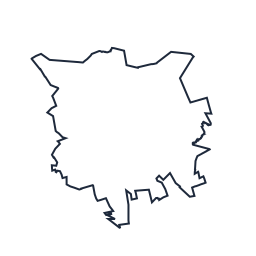 outline of Tula, Tamaulipas, Mexico, rotated 165°
{"feature_id": "50627088B8467253226066", "entity_name": "Tula", "entity_type": "district", "adm_level": 2, "iso_a3": "MEX", "parent_name": "Mexico", "parent_adm1": "Tamaulipas", "projection": "mercator", "projection_center": [-99.933, 22.948], "detail": "fine", "context": "isolated", "style": "outline", "palette": "slate", "viewbox_px": 256, "rotation_deg": 165, "n_neighbors": 0, "source": "geoboundaries", "source_scale": "gbopen_adm2", "svg_char_len": 4062}
<svg xmlns="http://www.w3.org/2000/svg" viewBox="0 0 256 256"><g transform="rotate(165 128 128)"><path d="M191.6,189.5L185.2,184.7L185.2,184.1L186.0,183.5L192.9,178.5L192.5,176.6L191.6,168.0L196.7,166.9L201.9,163.8L197.3,158.9L198.6,143.8L198.3,143.4L197.8,142.5L197.1,141.8L196.6,141.2L196.3,140.9L193.6,136.0L190.9,134.3L199.3,133.4L198.7,132.4L198.5,132.0L198.4,131.6L197.9,130.3L203.6,126.8L208.4,121.8L207.5,118.6L207.0,118.7L205.3,113.1L207.1,110.1L209.3,111.0L210.2,111.3L211.2,111.7L211.9,108.4L211.9,108.1L212.2,106.4L211.4,106.5L209.2,106.7L209.1,105.4L209.2,104.3L208.7,103.8L208.0,104.4L207.4,105.1L204.9,103.9L204.2,100.2L204.2,96.6L200.0,96.6L201.9,89.4L198.8,86.5L195.4,84.3L191.0,81.2L189.9,81.2L188.8,81.3L188.8,81.6L176.9,81.9L176.6,81.5L177.3,72.6L177.0,68.3L176.9,67.9L176.2,65.5L172.5,65.6L167.5,65.9L166.0,56.9L164.4,53.2L163.8,51.6L170.2,51.9L172.6,52.0L171.6,49.6L166.5,50.0L166.5,49.2L170.2,48.9L164.1,43.5L170.6,45.2L163.2,35.5L162.0,33.9L161.5,34.0L161.5,36.7L151.9,35.5L151.5,38.5L147.4,53.8L145.9,68.2L142.3,63.5L143.0,57.9L137.6,57.7L137.3,62.6L137.3,64.0L137.3,65.5L123.8,63.0L124.1,50.0L119.0,53.1L117.6,52.8L117.5,52.1L116.4,51.7L116.5,50.4L111.7,51.9L107.3,52.4L107.8,59.3L109.2,65.1L109.5,66.5L113.3,69.4L113.6,71.9L110.3,73.9L107.3,68.8L99.1,73.6L96.2,62.4L92.9,58.1L93.5,57.4L86.1,45.6L81.4,45.2L81.5,53.9L79.8,54.1L78.2,54.3L77.3,54.2L73.8,54.5L72.5,54.7L68.9,54.9L68.0,55.0L67.2,55.1L67.4,59.2L67.7,61.8L71.9,61.0L71.5,67.1L71.6,67.6L75.4,66.5L75.1,67.5L74.7,68.6L74.6,68.9L74.0,70.0L73.8,70.5L74.0,70.8L73.6,71.8L71.3,78.7L69.4,81.4L68.2,82.9L66.9,83.2L54.6,86.2L54.7,86.5L69.5,95.0L69.6,95.5L69.4,95.8L69.5,96.0L69.4,96.2L69.4,96.3L69.3,96.5L69.3,96.8L69.2,96.9L69.0,97.0L68.9,97.0L68.8,96.9L68.7,96.9L68.5,97.0L68.4,97.0L68.3,96.8L68.2,96.8L68.1,96.7L67.7,96.4L67.6,96.5L67.4,96.6L67.2,96.7L66.9,96.7L66.7,96.5L66.4,96.5L66.3,96.9L66.1,96.8L65.8,96.8L65.7,97.0L65.7,97.3L65.3,97.4L65.5,97.6L65.5,97.8L65.4,97.9L65.4,97.7L65.2,97.8L65.0,98.1L64.9,97.9L64.9,98.0L64.7,98.1L64.3,98.2L64.4,98.4L64.3,98.5L64.3,98.4L64.2,98.4L63.9,98.4L63.7,98.5L63.5,98.4L63.5,98.5L63.4,98.6L63.2,98.5L62.9,98.6L63.0,98.7L62.8,98.8L62.7,98.8L62.7,98.7L62.5,98.8L62.4,98.8L62.4,98.6L62.1,98.9L61.8,98.7L61.6,98.7L61.4,98.8L61.2,98.8L60.9,98.9L60.7,99.0L60.4,99.2L60.2,99.2L60.1,99.3L60.0,99.7L59.9,99.7L59.8,99.8L59.5,99.9L59.5,100.1L59.4,100.2L59.2,100.3L58.8,100.6L58.7,100.7L58.8,100.8L58.6,101.0L58.7,101.4L58.5,101.5L58.0,102.0L57.6,102.1L57.4,102.2L57.1,102.2L56.9,102.2L56.7,102.1L56.4,102.3L56.3,102.6L56.2,102.6L56.3,102.7L56.2,102.8L56.1,103.0L55.6,103.4L55.6,103.5L55.4,103.7L55.4,103.9L55.4,104.0L55.2,104.4L55.2,104.5L56.5,110.1L55.8,110.0L55.3,110.5L55.0,111.2L55.4,112.6L55.4,112.9L54.9,113.1L54.4,113.2L54.3,113.5L54.1,113.8L54.0,114.2L53.8,114.3L53.3,114.4L52.7,113.6L52.3,113.3L52.3,113.1L52.3,112.9L51.9,113.0L51.7,112.9L51.6,112.7L51.4,112.4L51.2,112.3L51.2,112.2L50.9,111.8L50.8,111.7L50.7,111.5L50.7,111.4L50.5,111.2L50.3,111.0L50.4,110.9L50.3,110.6L50.2,110.4L50.0,110.2L49.9,110.4L49.5,110.4L49.4,110.3L49.2,110.3L48.9,110.2L48.9,110.3L48.8,110.2L48.7,110.0L48.7,109.9L48.4,109.8L48.2,109.7L47.3,109.8L46.8,111.2L49.4,122.2L43.8,120.3L43.9,121.8L44.0,129.3L44.0,136.8L61.1,136.5L62.1,142.8L64.9,162.7L47.3,179.2L46.1,180.0L48.2,183.3L66.7,190.4L83.1,183.6L83.6,183.1L86.6,183.2L88.0,183.4L88.7,183.6L89.7,183.7L100.4,184.0L102.4,184.1L102.7,184.1L102.9,183.6L105.4,184.9L113.1,189.1L111.8,203.7L120.6,208.6L122.8,209.5L124.7,207.0L124.9,207.4L125.6,206.7L127.2,206.5L128.1,206.4L128.5,206.5L128.9,206.7L129.3,206.8L129.5,206.8L129.9,207.2L130.1,207.2L130.4,207.3L130.5,207.5L130.9,207.5L131.0,207.6L131.2,207.8L131.5,208.0L131.8,208.1L132.1,208.2L132.4,208.3L132.7,208.4L133.1,208.4L133.5,208.2L133.8,208.5L134.0,208.8L134.5,209.1L134.8,209.4L135.9,209.8L143.8,208.9L145.3,207.6L149.6,205.1L152.1,204.1L154.6,202.9L158.6,204.4L186.1,214.1L192.8,222.1L198.2,221.4L202.8,220.1L203.2,219.8L197.8,207.5L197.4,207.6L195.1,199.4L195.1,199.2L194.6,198.9L191.6,189.5Z" fill="none" stroke="#1e293b" stroke-width="2"/></g></svg>